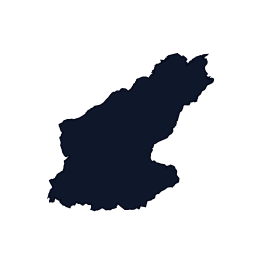 Rau De Mori, Hunedoara, Romania (Equal Earth projection), rotated 20°
{"feature_id": "2599482B8520908508644", "entity_name": "Rau De Mori", "entity_type": "district", "adm_level": 2, "iso_a3": "ROU", "parent_name": "Romania", "parent_adm1": "Hunedoara", "projection": "equal_earth", "projection_center": [22.785, 45.403], "detail": "fine", "context": "isolated", "style": "filled", "palette": "ink", "viewbox_px": 256, "rotation_deg": 20, "n_neighbors": 0, "source": "geoboundaries", "source_scale": "gbopen_adm2", "svg_char_len": 5791}
<svg xmlns="http://www.w3.org/2000/svg" viewBox="0 0 256 256"><g transform="rotate(20 128 128)"><path d="M121.1,216.9L124.9,216.9L125.3,216.3L126.1,215.6L127.1,215.4L128.7,214.0L130.5,211.9L131.8,211.4L135.0,212.2L136.2,211.9L136.9,211.1L138.6,210.9L139.3,210.6L140.7,208.7L142.1,208.1L143.9,206.5L143.8,206.2L143.2,205.6L143.1,205.2L143.9,204.4L143.5,202.9L143.8,202.6L146.2,202.9L147.2,203.5L149.3,204.2L149.7,204.1L150.0,204.4L152.9,205.4L156.0,204.2L157.7,203.1L159.1,203.1L161.8,201.7L162.8,200.1L164.2,199.7L165.4,200.1L165.8,200.0L166.1,199.0L165.8,196.9L168.1,196.3L171.2,195.8L170.6,190.2L171.1,189.5L174.2,187.5L174.7,186.4L176.2,185.2L176.6,184.2L176.2,181.1L178.0,179.3L179.1,178.9L179.5,177.6L180.5,175.8L181.4,174.7L182.3,174.0L183.8,172.0L184.7,170.4L185.7,169.5L188.5,168.2L189.8,168.0L189.8,167.7L190.8,165.6L191.0,164.4L191.9,163.4L192.1,162.4L192.4,162.2L192.6,161.7L193.1,162.0L193.2,161.6L193.4,161.7L193.7,161.2L193.5,160.9L193.3,159.8L193.1,159.7L193.2,158.7L192.7,157.9L190.6,156.7L189.5,155.8L189.0,155.0L188.4,152.2L187.7,151.4L186.0,150.4L185.0,149.0L184.1,148.6L180.7,148.5L180.2,149.2L177.4,151.3L177.4,151.9L176.8,151.0L174.7,150.2L170.5,151.1L170.2,150.8L169.6,151.0L168.2,150.9L168.0,151.2L167.0,151.3L165.5,151.0L164.6,150.3L164.0,150.2L163.4,150.5L162.7,151.3L161.9,151.4L160.4,150.6L158.7,148.6L158.3,146.2L157.5,144.4L158.0,142.3L158.2,140.3L157.3,139.8L157.0,138.7L157.1,138.1L157.6,137.9L157.8,137.2L157.7,135.9L157.4,135.3L157.4,134.5L157.6,134.0L158.9,132.9L160.6,130.5L167.9,123.5L168.5,120.9L169.1,119.8L170.3,118.5L171.0,116.2L170.8,115.2L170.0,113.9L169.8,112.8L170.8,111.5L171.2,110.0L171.7,109.1L171.5,108.2L171.5,107.0L170.7,104.9L171.5,104.2L171.6,103.6L171.4,102.5L171.1,102.0L171.4,100.9L171.1,100.3L171.0,99.2L171.2,98.7L170.9,97.8L171.0,97.1L170.7,95.8L171.6,94.0L172.1,93.5L172.3,92.2L172.1,91.2L172.3,90.4L171.9,88.6L172.4,86.9L174.7,86.0L175.8,85.8L177.3,85.1L177.5,83.7L177.2,82.5L177.5,81.8L178.1,81.8L179.7,80.9L180.6,79.8L181.1,80.1L181.4,79.5L181.8,80.2L182.1,80.0L182.0,79.4L182.5,79.7L183.1,79.2L182.9,78.1L182.6,77.6L182.9,76.2L182.6,75.6L182.7,74.8L182.5,74.4L183.7,72.1L184.1,71.8L183.8,71.0L184.3,70.4L184.4,69.9L184.3,68.2L184.6,67.9L184.6,67.5L185.1,67.2L186.5,65.7L186.5,65.3L187.0,64.0L186.9,63.1L187.5,60.4L187.7,60.0L189.6,58.5L190.1,57.7L190.8,57.2L191.8,55.6L190.8,55.2L191.8,54.2L191.7,53.4L191.1,52.7L189.6,52.8L188.6,53.5L188.3,54.2L187.8,54.2L187.2,53.8L187.2,52.3L186.8,52.6L186.9,53.9L186.7,54.5L186.0,54.4L185.7,54.2L186.0,53.3L185.2,53.0L184.3,53.1L183.1,52.5L183.8,50.3L183.7,49.9L183.3,49.7L181.5,48.7L179.5,46.5L179.4,46.0L178.8,45.3L179.0,44.5L178.6,43.9L179.9,40.6L179.6,40.1L179.7,39.2L179.2,38.2L178.5,37.9L177.9,36.7L174.8,37.2L174.5,36.6L174.1,36.8L173.9,36.0L175.6,35.0L175.8,33.5L177.0,32.7L177.3,32.0L174.1,33.5L173.4,34.1L172.6,35.2L171.2,35.5L170.4,36.4L167.9,38.2L167.7,39.0L166.5,40.1L166.5,40.7L165.5,41.4L165.3,42.0L165.6,42.5L165.6,42.9L164.5,43.4L163.5,44.6L163.7,45.4L163.2,45.8L163.1,46.9L162.2,47.4L162.1,48.5L161.8,48.4L161.6,47.9L161.1,47.8L160.9,47.2L161.0,46.8L159.8,46.4L158.9,45.4L158.9,44.7L159.5,44.2L159.6,43.4L157.6,42.4L155.3,41.7L155.1,43.2L148.9,41.4L141.5,46.4L141.7,46.9L141.1,47.3L141.6,47.6L141.1,47.9L141.4,48.1L141.5,48.2L141.4,49.1L140.9,49.1L141.1,49.5L141.3,49.5L141.2,49.6L141.4,49.7L141.1,49.9L140.8,49.8L140.4,50.4L139.9,50.0L139.8,50.7L140.0,50.8L139.4,51.2L139.5,51.6L139.3,51.9L139.7,52.0L139.6,52.7L139.5,52.8L138.2,52.7L136.1,53.2L137.4,54.5L137.3,54.9L135.2,57.5L134.4,58.1L133.5,58.3L132.4,60.0L133.0,60.3L132.6,62.1L132.9,62.9L132.9,63.8L133.0,63.9L132.8,64.6L132.6,64.7L132.5,65.2L132.7,65.4L132.3,65.6L132.4,65.9L131.9,66.0L132.4,66.7L132.0,67.2L132.7,67.2L133.5,67.7L131.6,70.6L130.8,73.8L130.1,74.5L128.0,74.1L125.4,74.9L123.7,75.9L121.2,78.5L120.6,78.6L120.1,79.1L119.8,79.6L120.0,80.2L119.9,81.4L119.6,81.9L119.9,82.6L119.5,83.7L118.6,84.9L118.7,86.5L118.3,87.3L117.8,90.1L115.8,93.4L115.6,93.7L112.6,92.4L109.5,93.0L108.4,93.9L107.7,96.2L107.1,96.6L105.2,97.1L104.4,97.8L104.1,98.7L103.8,99.1L102.1,99.7L101.2,101.0L99.8,105.0L99.7,106.0L98.5,108.2L96.8,112.7L94.8,115.5L94.1,116.2L92.9,117.1L89.2,119.3L89.8,120.1L88.6,120.8L87.9,121.8L86.8,122.5L86.6,123.8L85.8,124.2L84.7,125.4L84.3,126.4L84.3,127.1L83.6,128.2L83.8,129.2L81.4,132.6L78.9,135.5L74.3,138.9L73.8,139.1L72.4,139.1L70.1,140.3L68.3,140.9L67.6,141.4L67.4,141.9L66.0,142.8L65.4,143.5L65.2,144.2L65.1,145.1L64.9,145.6L62.3,148.2L63.1,149.7L64.1,150.6L66.2,153.4L68.3,154.5L68.4,155.1L67.9,157.1L68.4,158.8L67.5,159.8L67.4,160.3L70.4,164.3L70.7,165.6L70.7,166.4L71.0,167.5L71.8,168.1L72.6,169.5L73.2,169.8L73.8,170.6L73.9,171.1L75.3,173.3L76.2,173.8L76.8,174.0L76.8,174.5L77.0,174.8L79.0,175.9L80.0,175.6L80.7,174.6L82.0,174.3L82.7,174.6L83.1,175.1L82.7,175.3L82.4,176.1L81.7,176.8L81.5,178.1L81.1,178.9L79.7,180.6L80.0,181.5L81.1,183.1L81.1,185.4L81.7,187.5L81.8,188.8L81.8,191.2L80.4,192.1L79.8,193.5L79.1,193.9L77.6,196.1L77.5,197.7L77.1,198.8L77.2,200.5L75.8,201.3L75.6,202.4L73.8,202.6L72.4,204.2L73.5,205.4L78.0,209.3L78.0,209.6L77.5,210.4L77.5,211.2L76.5,212.7L76.7,216.0L76.4,216.9L76.7,218.2L76.8,219.8L76.9,219.6L78.2,219.8L79.3,220.8L79.5,222.1L79.3,223.1L79.7,224.0L80.3,223.5L82.4,223.2L82.5,222.8L83.3,222.4L82.8,218.5L83.4,218.4L84.3,218.4L84.7,218.9L86.1,218.9L87.5,219.3L89.0,218.9L89.8,218.2L89.2,218.9L89.1,219.5L89.2,220.0L89.9,220.9L91.5,221.5L93.2,222.4L95.1,222.1L96.8,222.7L100.6,222.6L100.5,221.3L101.2,219.7L103.1,218.4L103.7,218.6L104.1,218.3L104.2,218.0L104.1,217.5L104.1,216.8L104.9,215.4L105.2,215.3L107.3,215.7L107.9,215.2L109.1,215.2L111.6,215.8L112.3,215.3L113.0,213.7L114.3,212.6L117.0,213.2L117.6,213.1L117.7,212.6L119.2,212.4L119.8,212.1L120.2,212.8L121.1,214.7L121.3,216.2L121.1,216.9Z" fill="#0f172a" stroke="#020617" stroke-width="1.5"/></g></svg>